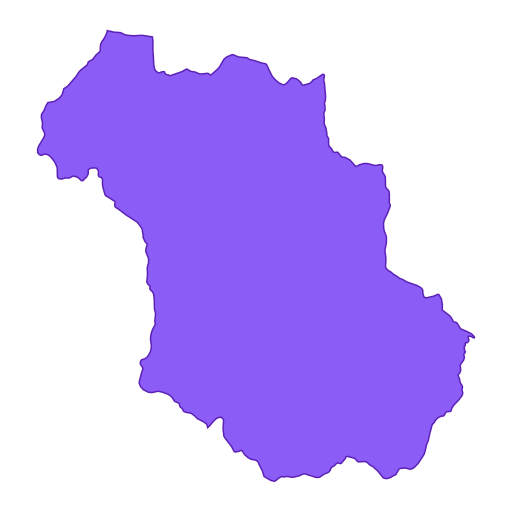 outline of Caicedo, Antioquia, Colombia
{"feature_id": "7082276B63168909868721", "entity_name": "Caicedo", "entity_type": "district", "adm_level": 2, "iso_a3": "COL", "parent_name": "Colombia", "parent_adm1": "Antioquia", "projection": "natural_earth1", "projection_center": [-75.997, 6.426], "detail": "fine", "context": "isolated", "style": "filled", "palette": "violet", "viewbox_px": 512, "rotation_deg": 0, "n_neighbors": 0, "source": "geoboundaries", "source_scale": "gbopen_adm2", "svg_char_len": 5951}
<svg xmlns="http://www.w3.org/2000/svg" viewBox="0 0 512 512"><path d="M107.3,30.7L106.9,32.6L105.6,35.8L103.4,39.6L101.8,41.7L100.8,43.9L100.3,47.0L100.3,50.2L99.8,51.6L96.2,54.8L92.5,59.5L88.4,61.8L87.1,65.0L80.6,70.2L78.9,72.1L75.9,76.7L68.7,85.0L67.3,86.5L63.9,88.6L62.1,94.7L59.2,98.2L54.0,101.6L48.0,102.5L46.2,105.3L43.7,111.2L41.7,114.0L41.3,116.3L41.5,118.4L42.5,122.9L42.2,128.0L44.5,133.0L44.8,134.1L44.7,135.0L43.6,137.9L39.1,145.3L38.2,147.3L37.6,149.3L37.6,152.4L37.9,153.1L39.3,154.6L40.9,155.3L41.7,155.3L43.7,154.4L45.2,154.1L46.8,154.4L48.6,155.2L50.4,156.6L51.9,158.3L55.0,162.5L57.2,167.6L57.4,176.7L58.1,178.2L58.8,178.7L61.9,179.0L65.9,177.8L68.5,178.1L70.0,177.7L72.6,176.3L73.7,176.1L77.2,177.1L78.8,178.1L81.1,180.4L81.9,180.8L82.8,180.7L86.6,176.9L87.9,174.7L88.2,173.7L88.2,170.2L89.3,168.9L91.2,168.1L93.1,168.0L95.3,167.9L96.6,168.3L98.2,170.3L98.5,171.9L98.3,175.3L98.6,176.0L99.2,176.8L100.9,177.3L101.6,177.8L102.4,179.3L102.6,180.9L102.4,183.0L102.7,186.4L104.6,193.3L105.3,195.2L106.1,196.1L108.0,197.0L114.8,201.4L115.1,201.9L115.1,202.7L114.7,204.3L114.8,205.7L115.0,206.6L115.6,207.3L119.5,209.9L126.0,214.9L137.0,222.0L139.0,224.4L142.0,228.6L143.1,234.9L143.1,237.4L144.9,241.4L147.2,244.1L146.1,248.3L145.7,251.0L146.1,252.5L148.3,257.9L148.6,259.2L148.5,263.0L147.5,266.4L147.2,268.2L147.5,274.0L146.8,282.2L148.1,284.5L149.8,285.8L150.0,286.4L149.8,288.8L150.7,290.2L152.3,291.6L153.6,294.0L154.3,299.8L154.4,307.7L154.6,309.5L155.5,313.2L155.5,314.6L154.8,321.0L155.3,324.3L152.5,329.6L151.3,333.1L150.7,336.2L150.5,339.4L151.4,345.7L151.3,347.0L151.0,349.4L150.3,351.8L148.6,355.1L146.8,357.4L144.9,358.7L141.7,359.8L141.1,360.3L140.3,362.1L140.3,363.8L140.6,364.5L142.8,367.9L142.8,369.2L141.3,373.7L139.3,381.5L139.2,382.4L139.4,383.7L140.7,386.8L143.4,389.7L148.2,392.2L152.0,392.6L157.1,391.4L159.1,391.4L163.2,392.4L167.8,394.2L169.9,395.4L171.8,397.1L174.6,401.3L178.6,403.1L179.1,403.7L180.0,406.5L180.5,407.3L182.0,408.3L182.6,409.2L183.2,410.7L183.9,411.5L186.6,412.5L190.0,413.0L191.5,413.5L194.6,415.8L197.5,418.7L203.5,421.8L206.3,423.8L206.9,424.7L207.7,427.6L209.5,425.9L214.2,420.5L216.5,418.4L219.5,417.3L221.3,417.4L221.7,417.7L223.4,419.4L223.6,420.3L223.1,427.0L223.2,430.2L223.9,436.2L224.9,437.9L231.6,446.7L234.3,451.7L235.8,452.0L239.1,451.3L240.8,450.5L241.9,450.5L244.8,454.8L247.9,457.5L250.8,459.2L255.7,460.2L257.5,461.3L258.1,462.1L259.5,465.3L262.4,471.0L264.1,476.5L270.8,480.4L274.5,481.3L276.3,480.2L278.6,478.2L281.5,476.6L282.5,476.6L283.6,477.0L287.5,476.4L291.1,477.2L293.7,477.2L299.0,475.9L303.7,473.8L305.3,474.0L315.6,477.3L317.5,477.5L319.6,477.2L324.0,474.2L327.5,472.8L329.0,471.9L329.9,470.8L331.4,467.4L334.4,465.7L336.8,463.2L338.1,463.0L340.4,463.6L341.2,463.4L345.1,458.8L346.1,456.7L347.0,456.3L354.7,458.3L357.2,461.2L358.3,461.9L364.9,461.5L367.2,462.4L369.6,464.8L373.1,466.8L376.4,469.8L377.8,471.1L382.9,477.4L383.8,478.1L384.9,478.4L386.6,478.6L388.2,478.3L390.9,477.3L392.5,476.2L395.0,475.1L395.9,474.5L399.0,469.1L399.9,468.5L405.4,468.0L410.1,469.3L410.8,468.9L411.8,468.9L414.1,467.6L418.1,463.5L424.0,454.5L425.2,450.8L426.5,444.9L428.4,440.1L429.6,434.3L432.2,424.6L434.1,422.7L435.3,420.6L436.5,419.1L438.1,417.7L441.2,416.2L443.0,416.1L443.8,415.7L444.5,414.9L445.4,413.0L446.5,411.9L447.3,411.5L450.1,411.6L450.7,411.1L451.2,410.5L451.8,408.1L454.3,404.6L458.7,400.0L462.0,395.7L462.7,393.6L462.7,392.7L462.0,389.9L462.5,387.0L462.3,386.0L460.4,383.0L459.8,381.1L459.5,378.8L458.4,376.3L458.1,374.8L459.8,372.9L460.5,371.2L460.7,370.0L460.3,365.9L460.4,364.8L460.9,363.8L463.5,360.4L464.4,357.8L463.8,354.4L464.1,353.7L465.1,352.8L465.4,351.4L464.3,350.2L464.6,348.9L464.1,347.1L464.6,346.2L465.3,345.6L465.2,343.2L465.7,342.7L467.1,342.8L468.6,341.4L468.9,339.6L468.0,337.2L468.2,336.5L468.7,336.1L471.3,336.5L472.9,337.6L473.9,337.9L474.4,337.8L474.4,336.9L473.0,335.2L471.3,333.7L466.6,331.3L461.1,329.1L460.2,328.1L457.1,323.1L456.0,322.3L453.5,321.8L451.6,318.2L450.1,316.2L448.8,315.0L442.2,310.0L442.4,305.0L441.4,298.8L438.8,294.5L437.5,294.4L433.9,296.1L427.6,297.6L425.8,297.8L424.7,297.4L423.9,296.7L422.9,293.7L422.7,289.9L421.6,288.3L420.4,287.4L417.3,285.6L407.0,282.0L402.1,279.2L399.9,278.5L395.5,275.4L394.1,274.8L390.5,271.7L388.5,270.7L385.9,268.0L385.5,265.6L385.8,261.9L385.9,258.1L384.9,250.4L386.4,242.8L386.4,237.2L386.3,236.4L384.4,231.3L383.8,229.1L383.5,223.2L384.4,219.6L387.1,214.2L389.7,207.7L390.3,205.5L389.2,202.2L389.4,199.6L389.3,197.9L389.4,194.9L389.1,191.6L388.4,190.4L386.5,188.3L385.7,187.1L385.5,185.6L385.4,177.8L385.1,176.2L382.5,171.9L382.3,170.9L382.7,167.6L382.6,166.0L382.1,165.1L381.1,164.8L379.8,164.7L375.7,165.5L372.8,165.0L368.0,163.6L364.0,163.5L359.6,164.7L356.3,166.4L355.8,166.5L349.9,160.0L345.1,157.4L342.5,157.2L341.6,156.8L337.7,152.2L334.5,152.4L333.4,152.0L331.3,148.4L329.2,146.2L328.8,145.5L328.6,143.6L328.6,138.6L326.8,135.5L326.8,132.9L325.9,127.8L324.3,124.2L324.1,122.9L324.4,119.1L323.8,114.1L324.0,112.6L325.1,110.0L324.9,105.9L324.4,103.3L325.3,100.6L325.6,96.5L324.5,83.7L323.7,80.0L324.4,76.3L324.3,75.3L323.9,74.5L322.9,74.3L322.0,74.7L316.2,78.7L313.2,79.8L311.7,81.7L309.7,83.4L303.6,85.2L302.1,84.8L300.8,82.4L297.6,79.6L296.3,78.8L292.4,77.8L291.3,78.1L290.4,78.8L287.7,82.1L285.7,84.0L283.8,84.8L283.0,84.8L278.7,82.7L274.6,79.1L272.2,76.2L269.5,70.9L266.6,64.6L265.7,63.8L261.6,63.0L254.5,60.6L250.0,59.6L246.8,57.7L238.7,57.0L232.8,54.6L231.0,55.0L229.6,55.8L227.2,56.6L223.9,59.3L219.4,67.1L217.0,69.7L211.3,74.7L210.3,74.9L208.3,73.5L207.3,73.3L201.0,74.0L198.9,73.7L195.7,72.2L190.7,71.3L186.9,69.1L186.2,69.2L182.0,71.6L170.0,75.8L168.6,75.0L165.9,74.3L165.4,73.9L164.3,71.7L163.9,71.6L161.3,72.0L159.6,72.9L158.4,72.8L156.1,71.3L154.7,69.3L153.7,64.5L153.5,58.6L152.9,51.1L152.9,40.6L152.4,36.9L141.9,35.3L133.3,35.8L127.8,35.3L125.1,34.8L120.5,32.6L113.4,32.1L110.1,31.1L107.6,31.0L107.3,30.7Z" fill="#8b5cf6" stroke="#5b21b6" stroke-width="1.5"/></svg>